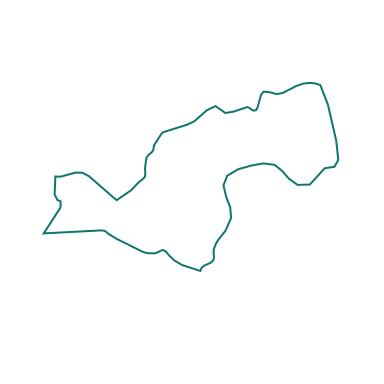 an SVG outline of Nsanje, rotated 255°
{"feature_id": "MWI-1919", "entity_name": "Nsanje", "entity_type": "District", "adm_level": 1, "iso_a3": "MWI", "parent_name": "Malawi", "parent_adm1": "", "projection": "orthographic", "projection_center": [35.132, -16.733], "detail": "fine", "context": "isolated", "style": "outline", "palette": "teal", "viewbox_px": 384, "rotation_deg": 255, "n_neighbors": 0, "source": "natural_earth", "source_scale": "10m", "svg_char_len": 1327}
<svg xmlns="http://www.w3.org/2000/svg" viewBox="0 0 384 384"><g transform="rotate(255 192 192)"><path d="M167.3,224.9L156.9,223.1L146.1,214.5L139.3,205.4L136.2,202.0L131.2,198.3L128.7,197.4L123.1,196.3L120.6,194.9L118.9,192.0L117.7,184.6L116.1,181.5L113.6,179.6L116.2,175.6L124.1,163.4L130.3,157.4L136.9,153.3L141.4,151.3L143.3,149.2L143.5,147.0L142.7,143.9L142.4,139.9L144.4,133.2L146.6,129.3L166.5,106.8L173.5,100.2L176.2,98.5L177.4,97.0L178.4,94.4L190.4,38.1L210.8,60.7L213.7,61.9L217.4,62.5L218.8,60.1L225.0,58.6L242.2,64.0L242.3,64.0L240.8,69.2L240.9,84.4L238.9,91.3L233.9,96.6L208.3,113.8L203.6,117.1L209.6,134.1L215.5,143.5L217.0,147.5L219.1,150.7L223.2,152.0L226.6,152.6L234.6,155.8L237.0,157.1L238.7,158.9L240.5,162.9L242.0,164.9L243.1,165.7L246.2,167.1L247.3,167.8L256.1,177.5L257.2,179.5L258.3,204.9L259.7,212.5L267.1,227.4L268.9,236.9L259.7,244.7L258.9,252.8L259.7,267.3L258.5,269.1L256.3,270.8L254.5,272.8L254.6,275.2L256.4,277.0L268.2,284.0L270.4,287.3L268.5,292.3L264.6,299.3L264.2,305.5L267.4,319.9L267.9,327.7L266.9,334.0L264.9,339.3L262.1,343.6L241.2,345.9L204.3,344.6L185.1,341.6L179.5,336.1L180.6,326.3L168.7,307.8L171.5,295.9L179.5,289.2L188.7,284.7L196.8,278.9L201.1,268.4L202.2,256.1L202.0,242.2L198.6,230.3L190.3,224.1L178.2,223.8L167.3,224.9Z" fill="none" stroke="#0f766e" stroke-width="2"/></g></svg>